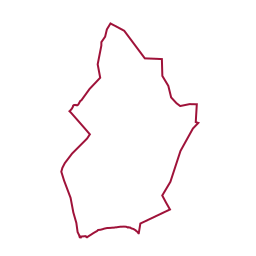 Naranbulag, Uvs, Mongolia (Natural Earth projection), rotated 174°
{"feature_id": "93677404B35276853556349", "entity_name": "Naranbulag", "entity_type": "district", "adm_level": 2, "iso_a3": "MNG", "parent_name": "Mongolia", "parent_adm1": "Uvs", "projection": "natural_earth1", "projection_center": [92.704, 49.464], "detail": "fine", "context": "isolated", "style": "outline", "palette": "rose", "viewbox_px": 256, "rotation_deg": 174, "n_neighbors": 0, "source": "geoboundaries", "source_scale": "gbopen_adm2", "svg_char_len": 2384}
<svg xmlns="http://www.w3.org/2000/svg" viewBox="0 0 256 256"><g transform="rotate(174 128 128)"><path d="M128.3,22.2L125.7,31.7L94.8,42.6L98.0,49.9L101.0,57.3L91.5,70.0L78.2,99.7L63.5,120.7L58.4,125.0L57.6,125.7L60.0,126.8L57.1,144.4L64.3,145.3L73.8,144.4L77.2,147.6L81.9,153.9L83.5,165.7L88.4,176.2L87.1,193.0L93.0,193.9L104.0,195.5L121.6,225.1L134.5,233.8L138.7,228.3L141.2,221.2L145.5,216.2L145.9,212.7L151.5,194.5L150.4,180.9L162.1,170.9L171.5,160.4L172.2,160.1L172.4,160.0L172.6,159.9L172.8,159.7L173.0,159.3L173.7,158.4L174.3,157.5L174.9,156.7L175.2,156.4L176.0,155.9L176.5,155.9L176.8,156.0L177.0,156.2L177.1,156.3L177.3,156.4L177.6,156.4L177.8,156.3L178.1,156.3L178.4,156.3L178.6,156.4L178.8,156.4L178.9,156.5L179.1,156.5L179.3,156.4L179.5,156.4L179.9,156.2L180.0,156.1L180.2,155.9L180.3,155.8L180.4,155.6L180.4,155.4L180.5,155.1L180.8,154.5L181.0,154.3L181.8,153.1L183.2,151.8L183.6,151.4L183.9,151.1L184.4,150.8L182.9,148.9L172.5,134.2L166.6,125.7L169.8,121.8L186.3,108.4L194.5,99.7L197.4,95.3L198.9,91.5L197.1,82.5L192.4,64.5L191.2,49.8L189.3,39.0L189.0,29.8L188.1,27.3L187.3,25.6L187.2,25.5L187.3,25.4L187.4,25.2L187.5,25.2L187.4,24.9L187.5,24.7L187.4,24.4L187.2,24.4L187.0,24.5L186.9,24.5L186.7,24.4L186.7,24.5L186.3,24.5L186.2,24.5L186.2,24.4L185.9,24.5L185.7,24.7L185.6,24.8L185.4,24.9L185.2,24.9L185.1,25.0L183.9,24.9L181.6,24.9L181.2,24.7L180.9,24.4L181.0,24.3L181.0,24.2L180.9,24.0L180.8,23.9L180.6,23.9L180.2,23.6L178.6,24.5L175.7,25.9L173.6,27.0L171.4,28.0L170.7,28.3L170.2,28.5L169.5,28.8L169.0,29.2L168.4,29.7L167.2,29.7L166.4,29.7L165.7,29.7L164.8,29.9L164.4,29.9L163.0,30.2L162.2,30.4L161.2,30.5L160.4,30.6L159.4,30.7L158.6,30.7L157.9,30.6L157.1,30.6L156.3,30.5L154.2,30.5L153.6,30.5L152.8,30.4L151.7,30.4L151.1,30.5L150.6,30.5L150.1,30.4L149.0,30.5L146.9,30.6L145.4,30.6L144.9,30.5L144.5,30.5L144.0,30.5L143.5,30.4L143.1,30.4L142.6,30.4L142.0,30.3L141.3,30.2L140.7,30.1L140.3,30.0L140.0,29.9L139.7,29.8L139.5,29.6L139.3,29.5L139.0,29.4L138.5,29.0L138.3,29.0L138.2,29.1L138.3,29.3L138.1,29.3L137.9,29.2L137.4,29.1L136.8,28.8L136.5,28.7L136.3,28.7L136.1,28.7L135.9,28.5L135.6,28.2L135.4,28.0L135.1,27.8L134.7,27.6L134.4,27.5L134.0,27.4L133.7,27.2L133.1,27.0L132.8,26.8L132.5,26.5L132.2,26.2L131.9,26.0L131.5,25.8L131.0,25.4L130.7,24.8L129.8,24.0L129.4,23.7L129.1,23.1L128.8,22.5L128.6,22.2L128.3,22.2Z" fill="none" stroke="#9f1239" stroke-width="2"/></g></svg>